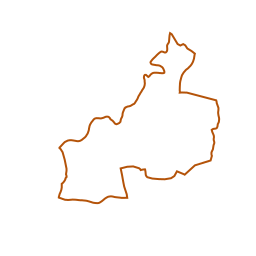 the district of Resinard, Castries, Saint Lucia, rotated 244°
{"feature_id": "8701671B52982434499588", "entity_name": "Resinard", "entity_type": "district", "adm_level": 2, "iso_a3": "LCA", "parent_name": "Saint Lucia", "parent_adm1": "Castries", "projection": "mercator", "projection_center": [-60.941, 14.004], "detail": "fine", "context": "isolated", "style": "outline", "palette": "amber", "viewbox_px": 256, "rotation_deg": 244, "n_neighbors": 0, "source": "geoboundaries", "source_scale": "gbopen_adm2", "svg_char_len": 5828}
<svg xmlns="http://www.w3.org/2000/svg" viewBox="0 0 256 256"><g transform="rotate(244 128 128)"><path d="M95.8,35.3L93.5,37.6L92.9,38.1L92.2,38.9L91.6,39.4L91.0,40.1L90.4,41.2L89.6,42.5L89.2,43.5L88.2,46.1L88.0,46.7L87.3,48.0L86.6,49.3L86.0,50.3L85.0,51.8L84.0,53.4L83.4,54.5L83.3,54.9L82.8,55.6L82.0,56.9L81.4,57.9L80.5,59.2L79.5,60.3L79.0,60.9L78.4,61.5L77.8,62.2L77.3,62.7L76.5,63.5L76.0,64.1L75.4,65.0L75.0,65.6L74.4,66.6L73.7,67.9L73.4,69.1L73.4,69.9L73.5,70.9L73.7,72.4L74.2,74.6L74.4,75.3L74.6,76.0L74.8,77.5L74.9,78.6L74.9,79.7L74.9,80.1L74.7,80.8L74.4,81.8L74.3,82.1L74.0,82.8L73.8,83.1L73.6,83.5L72.7,84.7L72.2,85.3L71.9,85.6L70.9,87.1L69.9,88.7L68.9,90.3L68.7,90.6L68.5,90.9L68.1,91.5L67.4,92.9L65.6,96.7L69.0,97.8L77.0,98.9L81.2,100.0L88.6,102.1L94.9,103.7L93.5,110.3L91.2,115.8L87.0,120.3L85.7,120.9L84.6,121.0L84.5,121.6L84.2,122.9L83.8,124.1L83.5,124.9L83.3,125.2L81.2,124.6L78.0,123.4L76.6,123.4L75.3,123.8L71.9,127.7L68.5,133.4L65.8,138.6L64.0,144.7L64.5,148.6L67.6,153.0L61.8,158.1L61.2,158.5L61.3,158.8L65.1,171.8L62.6,188.0L66.2,191.2L67.3,191.3L67.5,191.4L68.7,191.9L69.0,192.1L69.4,192.3L69.8,192.7L70.4,193.4L71.5,194.8L71.8,195.1L72.5,195.6L73.4,196.2L74.5,197.0L75.1,197.4L76.3,198.7L76.7,198.9L77.1,199.2L77.7,199.4L78.5,199.6L79.3,199.7L79.7,199.8L80.3,200.1L80.9,200.4L81.7,201.0L82.1,201.2L82.5,201.4L83.3,201.7L84.0,201.8L84.8,201.9L87.4,202.0L89.0,202.3L89.6,202.4L89.7,202.8L89.8,203.8L89.8,204.2L89.6,204.9L89.1,206.3L89.0,206.8L89.0,207.2L89.0,207.6L89.1,207.8L89.4,208.2L89.6,208.5L89.8,208.7L90.3,209.2L91.4,209.9L92.1,210.4L92.4,210.8L92.7,211.2L93.1,211.7L93.4,212.1L94.2,212.7L95.5,213.5L96.0,213.8L97.0,214.2L97.7,214.4L98.7,214.6L99.9,214.9L100.8,215.2L101.7,215.5L102.4,215.8L102.9,216.1L103.4,216.4L104.3,217.0L105.4,217.6L106.0,217.9L106.4,218.1L106.7,218.1L107.3,218.2L109.0,218.4L110.8,218.6L111.2,218.6L113.0,219.2L114.2,219.4L134.0,196.4L136.3,192.0L137.1,190.0L137.8,190.5L138.3,190.7L139.2,191.0L142.1,192.5L144.6,193.9L145.2,194.2L147.1,195.5L148.6,196.8L149.8,197.8L151.6,199.5L151.8,199.7L152.6,201.0L153.3,202.1L153.5,202.4L154.0,203.6L154.3,204.3L154.4,204.6L154.7,205.1L155.0,206.2L155.2,207.5L155.5,208.6L155.7,209.1L156.1,210.1L156.3,210.9L157.0,212.4L157.5,213.3L157.9,213.9L158.8,215.1L159.1,215.5L161.2,217.5L161.5,217.8L162.6,218.5L163.1,218.9L164.6,219.9L165.5,220.7L169.4,218.8L173.4,216.2L177.2,215.7L179.2,214.4L179.2,211.2L181.7,209.4L193.1,208.4L194.8,207.4L193.2,206.1L190.8,204.6L189.4,203.8L188.6,203.3L187.6,202.7L187.2,202.4L186.6,201.6L186.2,200.9L185.8,200.2L185.4,199.7L185.0,199.4L184.7,199.1L184.4,199.0L182.0,198.0L181.4,197.7L180.7,197.3L180.6,197.2L180.0,196.6L179.8,196.3L179.5,195.6L179.4,195.2L179.5,194.7L179.6,194.3L180.1,193.8L180.6,193.3L181.0,193.0L181.6,192.3L181.9,191.8L182.1,191.5L182.1,190.7L181.9,189.5L181.7,188.6L181.6,188.2L180.9,185.9L180.1,183.8L179.4,181.5L178.9,180.1L178.3,178.8L177.6,177.5L177.3,177.1L177.1,177.0L176.9,176.9L176.7,176.9L176.3,176.9L175.6,176.9L175.2,177.1L174.6,177.5L174.2,178.0L173.2,179.4L172.5,180.4L172.2,180.7L171.1,182.6L170.5,183.4L170.1,183.8L169.5,184.3L168.6,184.8L168.0,185.2L167.3,185.5L166.9,185.6L166.5,185.6L165.9,185.7L163.8,185.6L163.0,185.5L161.8,184.9L161.7,184.5L161.8,184.0L161.9,183.4L162.2,182.9L162.5,182.2L162.7,181.9L163.3,181.0L163.4,180.7L164.3,179.4L165.3,177.6L166.1,176.0L166.5,174.7L166.5,174.1L166.5,173.6L166.3,172.6L166.1,171.7L165.5,170.6L165.1,169.3L165.0,169.0L165.0,168.8L165.0,168.6L167.3,167.7L167.7,167.5L167.9,167.4L168.1,167.0L168.3,166.6L168.3,166.3L168.2,166.0L168.0,165.7L167.8,165.4L167.3,165.0L166.8,164.7L166.3,164.4L166.0,164.3L165.6,164.2L164.4,164.1L163.8,163.9L163.2,163.7L162.2,163.2L160.9,162.8L160.1,162.3L159.8,162.1L159.3,161.8L158.7,161.3L157.8,160.4L157.6,160.2L157.2,159.7L156.7,158.9L155.8,157.3L154.9,156.1L154.0,154.5L153.4,153.7L152.0,151.5L151.7,151.1L150.4,149.7L150.1,149.3L149.6,148.6L148.9,147.5L148.5,146.7L148.0,146.0L147.8,145.7L147.4,145.0L147.2,144.5L147.1,144.3L147.0,143.9L147.1,142.9L147.0,142.5L147.0,142.0L146.9,141.2L146.8,140.1L146.8,139.8L146.9,139.3L147.0,138.6L147.3,137.6L147.4,137.3L147.5,136.8L147.5,135.5L147.6,135.3L147.6,134.7L147.3,134.4L147.3,133.8L147.2,133.5L146.9,133.3L146.1,132.3L144.8,130.9L144.3,130.3L143.8,129.9L143.2,129.4L141.5,128.4L141.2,128.1L140.9,127.8L140.3,127.2L139.8,126.4L139.5,126.1L139.1,125.6L138.8,125.3L137.7,124.5L136.9,123.9L136.7,123.3L136.6,123.1L136.3,122.2L136.3,121.7L136.3,121.3L136.3,120.5L136.4,120.0L136.4,119.4L136.5,119.2L136.8,118.9L137.5,118.3L138.0,118.2L138.6,118.0L139.4,117.9L140.0,117.7L141.2,117.4L141.9,117.0L143.2,116.3L143.3,116.2L143.5,116.1L145.1,116.0L145.3,115.9L145.6,115.8L146.1,115.6L146.5,115.4L146.7,115.2L147.1,114.7L147.7,113.4L147.8,113.0L147.9,112.5L147.9,112.1L147.9,111.2L148.0,110.5L148.0,110.1L148.2,109.2L148.3,108.6L148.5,107.8L149.2,106.6L149.7,105.8L150.2,104.9L150.7,103.9L150.8,103.4L150.9,103.1L151.0,102.2L150.9,101.5L150.6,100.7L150.5,100.4L150.3,100.1L149.3,98.0L149.1,97.5L148.4,96.5L148.1,96.0L147.6,95.4L147.5,95.2L146.9,94.6L146.4,94.1L145.8,93.7L144.6,92.7L143.6,92.1L142.8,91.4L141.9,90.5L140.7,89.3L139.9,87.9L139.1,86.7L138.8,86.0L138.5,85.3L137.8,82.2L137.6,81.5L137.5,80.3L137.5,79.7L137.5,79.2L137.6,78.7L137.9,77.6L138.3,76.8L138.7,76.2L139.6,75.0L140.9,73.2L141.5,72.3L141.9,71.7L142.2,71.1L142.6,70.2L142.8,69.4L143.0,68.8L143.1,68.4L143.1,67.5L143.1,66.2L143.1,65.2L143.0,64.8L142.8,64.1L141.1,59.7L140.7,58.7L140.5,58.1L140.4,57.8L140.1,57.6L138.5,58.2L134.9,58.6L127.2,57.2L118.4,54.9L116.5,54.0L113.6,52.0L112.2,51.8L111.0,51.4L111.0,51.2L110.9,51.0L110.7,50.6L110.4,50.2L110.2,49.8L110.0,49.7L109.8,49.6L109.7,49.4L109.1,48.9L108.6,48.2L107.9,47.0L107.4,45.9L107.2,45.3L107.1,45.0L106.9,44.0L103.6,42.4L101.7,41.0L100.1,39.4L98.6,37.6L96.2,35.5L95.8,35.3Z" fill="none" stroke="#b45309" stroke-width="2"/></g></svg>